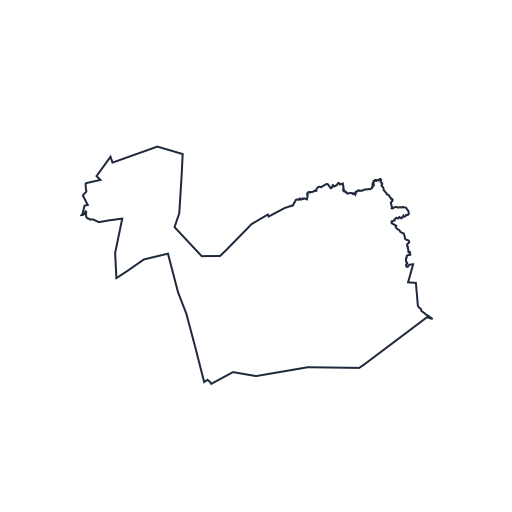 San Francisco del Oro, Chihuahua, Mexico (orthographic projection), rotated 34°
{"feature_id": "50627088B76739028658170", "entity_name": "San Francisco del Oro", "entity_type": "district", "adm_level": 2, "iso_a3": "MEX", "parent_name": "Mexico", "parent_adm1": "Chihuahua", "projection": "orthographic", "projection_center": [-105.915, 26.89], "detail": "fine", "context": "isolated", "style": "outline", "palette": "slate", "viewbox_px": 512, "rotation_deg": 34, "n_neighbors": 0, "source": "geoboundaries", "source_scale": "gbopen_adm2", "svg_char_len": 5966}
<svg xmlns="http://www.w3.org/2000/svg" viewBox="0 0 512 512"><g transform="rotate(34 256 256)"><path d="M287.4,147.4L287.0,148.5L286.2,148.7L286.0,148.8L285.7,149.4L285.7,149.7L285.5,149.8L284.3,149.2L283.6,149.2L283.5,149.4L283.3,149.6L283.2,149.8L283.2,150.0L283.4,150.9L283.3,152.2L283.1,152.5L282.9,153.0L282.5,153.3L282.4,153.5L282.3,154.3L282.2,154.4L282.0,154.5L281.3,154.4L280.8,154.4L280.3,154.2L280.0,154.2L280.0,154.6L280.2,155.1L280.5,155.3L280.8,156.0L280.8,156.4L280.5,156.9L280.2,157.2L280.4,157.6L280.4,157.8L280.3,158.0L279.8,158.0L278.3,157.3L276.9,157.0L276.8,156.8L276.2,156.6L275.9,156.4L274.7,156.5L274.2,156.8L271.4,162.7L270.0,163.0L269.7,163.2L269.3,163.9L269.1,164.0L269.0,164.4L268.9,164.8L268.8,165.2L268.8,166.8L268.9,167.2L269.3,168.0L269.5,168.1L269.6,168.3L269.5,168.6L269.0,168.7L268.3,168.9L268.1,169.0L267.8,169.5L267.8,169.9L267.6,170.6L266.8,171.3L266.5,171.7L265.4,172.6L265.5,172.9L264.8,173.5L264.1,173.3L263.7,173.9L263.6,174.2L263.5,174.5L263.6,175.8L263.7,176.1L264.5,176.7L264.9,176.6L266.2,179.9L266.5,180.6L265.2,180.8L264.7,181.1L264.3,181.1L263.8,181.3L263.2,182.5L262.9,182.5L262.5,182.3L262.2,183.3L261.9,184.0L261.3,184.4L260.7,184.0L260.2,183.8L260.0,184.1L259.7,185.5L259.7,185.8L259.4,185.9L259.0,185.8L258.6,186.1L258.1,186.5L257.7,187.1L257.7,187.8L258.0,189.0L257.9,189.6L257.8,190.1L257.8,190.4L258.0,190.6L258.1,190.8L258.0,191.1L258.1,191.9L258.4,193.0L258.0,194.2L257.7,194.3L257.4,194.2L257.2,194.3L257.0,195.2L256.8,195.5L256.5,195.7L253.1,199.9L244.4,216.2L242.6,215.0L234.4,232.3L233.5,237.6L228.0,267.6L226.2,276.1L211.0,286.5L172.3,277.6L168.5,263.5L149.3,230.8L138.2,212.5L113.0,220.5L84.8,258.8L79.9,255.1L79.1,278.9L84.5,279.9L74.5,290.5L74.3,291.2L75.3,292.7L76.6,294.4L77.8,295.9L79.0,296.9L79.3,297.7L78.8,300.6L78.7,302.7L88.0,307.8L85.7,310.2L88.2,316.9L88.6,317.3L88.5,319.6L89.5,318.8L90.0,317.6L90.1,315.9L89.8,314.8L89.8,314.3L90.7,314.5L90.9,315.2L92.9,318.0L93.8,318.6L94.9,319.1L96.5,318.7L96.9,318.4L97.8,318.7L100.5,316.8L106.8,315.8L114.4,308.5L124.2,299.8L137.5,332.2L152.6,352.4L153.2,351.2L155.4,345.8L157.3,341.4L165.0,321.5L181.7,303.3L211.8,329.8L230.4,342.7L257.0,365.9L283.5,389.5L285.0,385.8L287.4,386.0L288.3,386.2L289.3,386.6L290.4,387.0L301.9,365.1L323.1,355.6L361.2,319.2L404.1,291.1L406.2,285.9L432.0,211.1L437.7,209.5L432.6,209.3L429.2,209.5L427.8,209.2L426.9,209.2L425.2,209.1L424.2,209.0L423.6,209.0L422.8,208.0L422.2,207.7L420.3,207.5L419.9,207.6L418.0,206.7L403.6,188.9L396.8,192.8L393.7,183.4L390.9,175.0L389.5,176.1L388.5,177.1L388.0,177.7L387.9,178.1L387.8,178.4L388.0,179.6L387.9,179.9L387.8,180.1L387.3,180.6L386.7,180.7L386.1,180.2L385.7,179.9L385.5,179.7L385.2,179.0L385.2,178.6L385.3,178.3L385.6,177.9L385.4,177.4L385.3,177.2L385.2,177.1L383.8,176.8L383.5,176.7L382.7,175.4L381.9,174.7L381.7,174.2L381.6,173.7L381.8,173.4L381.9,173.1L381.8,172.9L381.2,172.2L381.0,171.5L380.9,171.2L381.1,170.8L381.7,170.1L382.4,169.4L383.0,169.1L383.2,168.7L383.0,168.3L382.6,168.1L382.2,167.6L381.8,167.3L381.6,166.7L381.4,166.6L381.2,166.7L381.0,167.2L380.8,167.6L380.4,167.6L380.1,167.5L379.9,167.3L379.4,166.4L378.8,165.8L378.6,165.5L378.5,165.3L378.0,165.1L377.5,164.7L377.2,164.5L377.0,163.7L376.8,163.4L375.8,163.3L375.6,163.2L375.2,162.4L374.8,161.5L374.7,161.2L374.8,161.0L375.2,160.5L375.4,159.1L375.3,158.8L374.7,158.2L374.3,158.0L373.5,157.9L373.1,158.0L370.8,158.5L370.4,158.5L369.9,158.3L369.5,158.0L369.2,157.6L368.6,156.9L365.9,154.7L364.4,155.1L362.3,155.3L360.6,154.5L360.3,154.4L358.9,154.6L357.8,154.6L356.8,154.4L355.5,153.9L355.3,152.5L350.1,153.0L349.7,152.5L349.6,151.8L349.1,151.6L349.1,151.3L349.8,151.0L350.3,149.7L350.8,149.3L351.0,149.1L351.0,148.9L350.8,148.6L350.5,148.3L350.4,148.1L350.7,147.3L350.8,146.0L352.0,145.5L352.5,145.6L353.0,145.1L352.8,144.2L353.0,143.6L353.4,143.5L353.8,143.7L354.2,143.5L355.2,143.6L355.6,143.4L355.6,142.2L355.6,140.4L356.2,140.9L356.8,140.7L357.3,140.2L357.5,139.0L357.5,138.1L358.2,138.0L358.6,137.0L359.1,136.6L359.3,136.1L357.9,134.1L356.6,133.2L355.4,133.1L354.3,132.3L353.0,132.2L352.0,132.6L351.2,133.1L350.6,133.1L350.2,133.3L350.1,133.9L349.4,134.6L348.7,134.7L348.1,134.9L347.2,136.1L346.5,136.5L344.8,136.9L344.0,137.7L343.4,138.4L343.0,139.3L342.6,140.2L342.3,140.6L341.8,140.6L341.7,140.1L341.4,139.4L340.3,138.6L337.9,136.3L338.0,135.3L338.3,134.5L337.9,133.8L338.0,133.1L336.8,132.6L335.8,133.1L335.1,132.4L334.6,132.5L333.3,132.0L333.1,131.7L332.0,131.3L331.4,131.4L330.8,131.5L330.1,131.7L329.0,131.0L328.1,130.8L326.1,130.2L325.1,130.1L324.2,129.0L323.3,128.1L320.7,127.5L320.4,126.9L320.5,125.9L320.0,125.2L319.2,125.3L318.8,124.8L317.7,124.8L317.6,124.1L317.3,123.4L317.2,122.9L316.0,122.5L315.8,122.6L315.7,122.7L315.9,123.0L315.8,123.5L315.5,123.8L315.3,124.2L314.7,124.5L314.8,125.2L314.1,125.3L313.8,125.8L313.7,126.4L313.3,126.4L313.1,126.4L312.9,126.1L312.7,126.0L312.2,126.3L312.3,126.7L312.5,126.9L312.6,127.0L312.6,127.3L312.1,127.5L311.7,128.0L311.5,128.3L311.6,128.5L312.1,129.2L312.5,129.5L312.1,129.8L312.0,130.1L312.3,130.9L312.4,131.3L312.8,131.4L313.9,131.1L314.2,131.4L313.9,132.2L313.4,133.2L313.4,133.5L313.6,133.6L314.1,133.7L314.3,133.9L314.2,134.5L313.9,135.4L313.3,136.7L313.0,137.1L311.7,137.6L311.2,138.4L310.1,139.3L309.2,139.7L309.0,139.9L307.5,142.6L306.8,142.7L306.2,143.4L305.8,144.0L305.3,144.1L304.6,144.0L304.3,144.1L304.1,144.3L303.9,145.8L303.2,146.0L302.8,147.0L302.9,147.4L303.3,147.7L303.8,148.4L304.0,149.6L303.1,149.1L302.7,149.1L302.2,149.2L301.9,149.4L301.8,149.8L301.9,150.3L301.8,150.5L301.6,150.6L301.4,150.6L301.1,150.4L300.8,150.2L300.6,150.2L300.4,150.2L299.1,150.9L297.9,152.0L296.9,153.2L296.6,153.2L295.7,152.6L295.4,152.8L294.9,153.1L294.7,153.0L294.4,152.8L294.0,152.4L293.8,152.4L293.4,152.7L293.0,153.2L292.7,153.2L292.5,152.5L292.3,152.4L292.0,152.4L291.8,152.7L291.6,152.8L291.2,152.6L291.1,151.9L291.2,151.3L290.9,151.1L290.5,150.9L290.0,150.0L288.6,148.5L287.4,147.4Z" fill="none" stroke="#1e293b" stroke-width="2"/></g></svg>